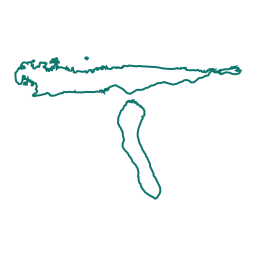 the district of Kepulauan Sula, Maluku Utara, Indonesia
{"feature_id": "22746128B81791072961966", "entity_name": "Kepulauan Sula", "entity_type": "district", "adm_level": 2, "iso_a3": "IDN", "parent_name": "Indonesia", "parent_adm1": "Maluku Utara", "projection": "mercator", "projection_center": [125.8, -2.114], "detail": "fine", "context": "isolated", "style": "outline", "palette": "teal", "viewbox_px": 256, "rotation_deg": 0, "n_neighbors": 0, "source": "geoboundaries", "source_scale": "gbopen_adm2", "svg_char_len": 5486}
<svg xmlns="http://www.w3.org/2000/svg" viewBox="0 0 256 256"><path d="M30.3,62.0L28.0,62.5L27.6,63.8L26.6,62.8L24.5,62.4L22.8,62.7L20.8,65.9L21.5,66.8L21.9,66.1L24.2,66.5L24.7,67.2L24.6,68.2L23.5,68.2L21.9,68.8L21.8,68.5L20.6,68.4L20.8,68.0L20.4,67.6L19.1,67.9L19.0,68.9L18.0,69.3L17.2,71.2L15.4,72.9L15.6,78.0L16.2,81.5L17.7,82.7L18.6,84.0L21.1,83.7L21.5,83.3L22.6,80.2L22.5,79.4L23.0,78.9L22.6,77.1L23.3,75.8L24.4,76.2L24.0,77.8L24.3,79.0L25.0,78.9L25.2,78.2L25.5,79.1L27.2,79.9L27.8,78.3L28.1,79.4L28.9,79.9L28.2,81.2L29.3,81.2L29.9,79.9L29.9,80.3L30.5,80.4L30.7,82.0L31.4,81.9L31.7,82.4L32.3,81.6L33.3,82.0L33.6,83.0L35.9,83.5L36.9,86.4L35.8,89.3L36.8,90.4L37.2,91.6L35.6,93.2L33.2,94.7L33.0,95.7L33.8,96.1L35.8,95.9L36.6,95.3L38.4,95.5L45.9,93.8L46.4,93.1L47.6,92.9L49.9,94.5L49.8,94.9L50.7,95.7L54.2,95.7L60.8,93.2L62.8,93.2L63.3,92.3L64.0,91.9L66.9,92.2L69.1,91.8L74.3,92.2L74.8,91.5L74.9,91.9L75.9,92.3L81.9,92.4L85.8,91.9L93.9,92.1L97.1,91.4L99.1,91.9L99.9,91.6L100.3,90.4L100.8,90.3L102.2,90.8L102.1,91.9L102.8,91.5L104.1,92.7L104.0,91.8L104.4,91.1L104.1,90.6L105.1,89.1L106.0,88.7L107.5,88.9L108.6,87.8L110.7,86.7L115.4,85.1L122.6,88.9L127.0,93.0L130.4,93.8L136.3,90.2L137.8,89.7L139.8,90.0L142.9,89.5L145.9,88.0L148.3,87.5L151.3,85.5L153.5,85.4L157.3,83.3L161.5,82.9L163.3,82.2L165.0,82.1L165.5,82.6L173.0,84.6L177.2,83.6L180.5,82.0L182.3,81.6L184.2,80.3L186.1,79.9L188.6,80.5L190.7,81.9L190.8,82.3L193.8,82.3L199.3,78.0L202.4,77.7L205.0,76.1L208.3,75.3L209.4,73.2L211.6,70.7L213.2,70.7L214.6,69.7L213.7,69.7L213.4,69.2L212.2,68.9L211.6,69.3L209.7,69.1L209.7,69.7L209.1,70.2L207.5,70.4L206.8,69.9L207.4,70.5L207.4,71.4L205.3,72.4L204.3,71.0L203.1,72.0L202.3,72.0L201.3,70.7L199.5,71.0L197.9,69.9L195.6,70.5L193.7,70.1L189.4,70.3L186.5,69.8L185.9,69.4L185.9,68.1L185.1,68.4L184.2,67.7L181.7,68.5L180.9,68.1L180.8,68.6L180.3,68.7L177.4,68.5L177.1,68.1L174.4,68.8L170.8,69.0L163.3,68.5L157.1,67.2L137.7,66.0L136.7,66.4L129.0,65.5L127.8,66.3L123.6,65.8L123.2,67.0L122.2,66.9L121.8,68.1L119.5,68.0L118.5,67.3L117.5,67.3L116.8,68.1L115.3,67.3L114.1,67.6L113.4,67.3L112.1,67.7L111.6,68.8L110.1,69.0L107.3,68.6L106.4,68.0L105.6,68.4L105.1,67.9L104.0,67.8L104.4,66.7L103.2,66.4L103.5,68.3L103.0,68.7L102.2,67.9L102.3,68.7L101.8,69.3L101.1,68.7L101.3,68.0L100.8,68.3L100.5,67.9L99.8,68.4L98.8,68.1L98.4,68.2L98.2,69.6L97.3,69.8L97.1,68.1L96.5,68.0L95.7,69.1L93.5,69.8L93.8,71.5L92.3,72.4L92.0,72.1L92.2,71.3L91.4,71.2L91.0,70.1L90.6,69.9L88.5,70.6L87.1,72.6L86.2,72.5L85.5,71.1L83.2,71.9L77.5,71.0L75.8,72.6L73.8,72.3L73.9,71.2L72.6,69.2L71.9,69.5L71.4,70.7L69.0,70.6L68.3,70.0L68.7,69.1L67.9,68.3L66.9,69.5L65.9,69.1L66.1,67.7L65.3,68.5L61.0,67.2L59.4,67.6L58.6,67.1L56.9,68.8L57.0,67.6L56.4,67.5L57.3,65.5L56.6,64.1L55.3,64.7L54.9,65.6L53.8,66.3L53.9,69.0L52.9,67.1L52.2,66.9L52.3,67.5L51.7,68.0L52.0,70.2L51.6,70.2L51.4,69.0L50.6,68.4L50.0,69.5L49.4,69.3L49.1,71.0L48.8,71.0L48.1,70.1L48.3,68.1L46.7,70.6L46.1,69.6L46.4,68.7L45.7,68.6L45.4,68.1L45.6,67.3L44.6,67.1L44.0,67.4L43.6,66.7L45.0,65.9L46.5,63.9L46.5,63.4L45.0,62.6L43.9,63.2L43.0,62.6L42.0,62.9L40.5,62.4L39.8,63.2L39.6,65.4L39.1,66.8L38.2,66.9L37.7,66.3L34.4,68.7L33.3,68.1L33.1,66.7L31.8,66.2L31.3,62.5L30.3,62.0ZM129.5,101.9L129.3,101.4L129.6,101.0L129.0,100.7L127.9,101.2L127.1,102.4L126.5,102.4L126.1,104.8L124.5,105.7L122.7,109.4L121.1,110.7L118.4,117.4L118.0,123.6L118.8,124.5L119.3,126.3L120.3,127.2L122.8,132.7L122.8,135.3L124.1,139.8L122.6,143.5L122.6,146.6L124.0,149.3L127.6,153.0L129.6,156.6L131.0,158.0L132.5,161.7L135.5,164.8L137.6,168.4L138.5,172.6L138.1,176.4L138.6,177.0L138.4,178.0L138.9,181.0L139.5,182.9L140.7,184.1L140.9,186.0L141.8,187.8L145.2,192.3L149.3,195.2L153.6,197.4L154.3,198.3L155.6,198.6L157.3,197.3L159.7,193.5L160.3,191.6L160.1,187.5L155.1,177.3L153.6,175.7L153.5,173.4L150.2,166.7L149.9,163.9L147.1,157.6L146.0,156.3L146.0,155.3L142.5,149.7L140.8,145.4L139.6,143.5L137.8,136.6L137.6,134.0L138.3,129.1L141.7,120.0L142.8,118.3L142.3,116.6L143.7,116.1L144.6,114.6L144.3,113.5L144.5,110.8L143.7,109.9L143.5,108.7L141.5,107.3L141.2,106.4L140.2,106.6L140.0,105.7L138.1,104.8L137.5,103.4L136.8,103.3L136.6,103.8L135.7,103.0L135.8,102.6L135.2,102.8L134.9,102.2L135.2,101.9L134.7,101.6L133.5,101.3L134.0,101.6L133.8,102.0L133.1,101.6L132.3,102.3L131.6,101.4L131.0,101.9L130.6,101.2L129.5,101.9ZM234.9,66.9L233.2,67.3L231.7,67.1L230.1,68.6L228.7,69.2L224.8,69.3L221.9,70.0L220.4,69.8L218.8,71.1L214.1,71.9L215.3,72.5L219.6,71.9L219.2,72.8L220.5,72.6L220.3,73.9L220.8,74.1L222.8,73.8L224.1,72.9L226.3,72.3L230.2,72.8L231.4,73.6L233.9,74.2L236.3,74.1L239.3,73.2L240.6,70.8L236.6,70.9L236.1,70.5L238.5,69.3L237.5,68.9L237.4,68.5L239.1,67.9L236.1,67.6L233.5,68.2L234.9,66.9ZM57.2,58.5L56.2,58.2L54.8,59.2L54.2,60.9L53.8,59.4L53.0,59.1L52.0,60.1L51.7,61.0L50.4,61.7L50.3,62.6L51.5,62.8L52.4,62.2L53.1,62.3L53.9,61.3L54.8,61.9L55.3,61.4L55.7,62.3L56.1,62.1L55.7,62.9L56.2,63.1L58.8,62.6L58.9,61.9L57.9,61.4L57.1,60.3L57.2,58.5ZM26.3,82.1L24.2,82.9L23.9,84.3L26.8,84.7L27.0,82.4L26.3,82.1ZM86.7,59.4L87.9,58.4L87.8,58.0L86.7,57.4L85.5,57.6L85.3,58.1L86.7,59.4ZM32.9,83.3L31.7,84.5L31.7,85.4L32.5,85.5L33.1,84.7L33.5,83.5L32.9,83.3ZM108.6,89.0L108.4,88.7L107.6,89.0L106.2,90.4L107.5,90.2L108.6,89.0ZM33.6,60.4L32.6,60.9L33.2,61.9L34.3,60.9L33.6,60.4ZM72.8,67.8L72.2,68.1L72.4,69.0L73.0,68.7L72.8,67.8ZM106.5,67.7L107.0,67.2L106.7,66.8L106.5,67.7ZM132.9,100.3L132.2,100.3L131.7,101.0L132.3,100.9L132.9,100.3ZM32.5,65.6L32.8,66.1L32.9,65.4L32.5,65.6Z" fill="none" stroke="#0f766e" stroke-width="2"/></svg>